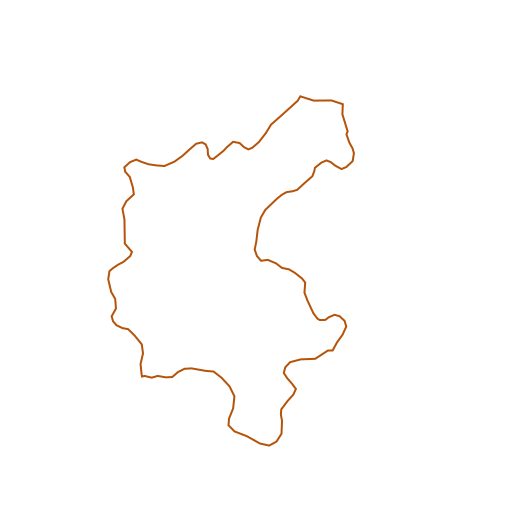 an SVG outline of Kumanovo, rotated 49°
{"feature_id": "MKD-2943", "entity_name": "Kumanovo", "entity_type": "Statistical Region", "adm_level": 1, "iso_a3": "MKD", "parent_name": "North Macedonia", "parent_adm1": "", "projection": "equal_earth", "projection_center": [21.78, 42.101], "detail": "fine", "context": "isolated", "style": "outline", "palette": "amber", "viewbox_px": 512, "rotation_deg": 49, "n_neighbors": 0, "source": "natural_earth", "source_scale": "10m", "svg_char_len": 2046}
<svg xmlns="http://www.w3.org/2000/svg" viewBox="0 0 512 512"><g transform="rotate(49 256 256)"><path d="M164.6,117.8L176.6,110.5L188.1,97.0L198.4,90.9L205.7,97.8L222.1,105.1L223.5,107.9L231.5,111.1L238.3,112.6L242.7,114.7L247.8,120.8L248.1,129.4L246.5,134.4L239.9,136.9L234.2,138.0L230.1,140.1L228.4,145.5L228.1,153.7L230.1,156.2L232.8,161.2L232.8,171.2L233.1,181.6L230.9,186.3L227.9,190.9L226.8,195.9L226.5,202.0L226.8,208.8L227.3,218.8L230.1,227.0L237.2,237.4L245.4,246.4L250.3,252.8L256.6,255.3L262.9,255.3L266.7,249.6L274.7,245.7L282.1,244.2L287.6,239.9L293.9,237.8L303.1,236.0L308.3,236.3L311.9,239.9L315.5,243.5L323.4,246.4L337.1,250.3L343.7,250.7L346.1,249.9L349.7,245.7L350.0,241.0L351.9,235.3L356.3,232.4L363.1,231.7L368.5,234.2L372.2,242.4L374.4,251.7L377.6,260.1L374.5,263.8L372.4,278.8L363.4,290.0L358.5,299.9L359.2,306.9L362.4,311.7L368.5,312.6L375.3,312.6L382.5,313.1L385.1,318.7L386.1,327.1L388.3,337.5L391.9,341.2L397.6,344.6L406.9,353.4L409.2,361.3L409.5,362.4L407.7,370.4L400.2,376.0L385.8,381.2L374.3,387.3L365.7,387.8L361.0,383.0L356.0,373.2L347.7,364.3L337.0,361.5L325.1,361.9L315.4,363.8L309.6,369.4L298.5,378.4L294.2,384.0L292.4,391.1L292.4,398.6L288.4,403.7L282.0,408.9L279.4,414.5L273.4,418.8L272.2,421.1L269.4,419.4L261.7,413.9L255.4,405.2L247.8,400.2L236.4,399.8L227.3,400.5L222.8,404.1L216.8,406.7L211.5,406.7L206.8,404.5L203.8,396.2L196.0,390.4L188.2,388.9L176.6,382.8L172.3,377.7L171.3,376.6L171.3,372.2L172.1,365.7L173.5,359.9L173.5,350.9L171.5,346.9L166.5,346.9L160.6,346.9L151.5,339.2L142.1,331.3L132.7,325.8L130.2,319.5L129.6,317.9L129.3,307.7L123.0,303.7L113.5,299.4L106.6,299.4L102.7,297.2L102.5,289.6L104.7,283.1L109.4,280.9L116.3,276.9L122.2,271.8L128.0,266.1L131.3,255.5L132.2,245.8L132.0,236.7L132.0,227.6L134.8,222.2L138.7,220.8L143.4,222.2L148.1,225.8L152.3,226.6L154.7,224.7L155.0,220.0L155.3,211.4L154.8,206.6L154.8,198.3L160.0,194.3L166.1,193.6L170.5,191.8L171.9,187.8L171.9,179.1L169.7,167.9L166.7,158.5L166.6,144.6L166.2,122.8L164.6,117.8Z" fill="none" stroke="#b45309" stroke-width="2"/></g></svg>